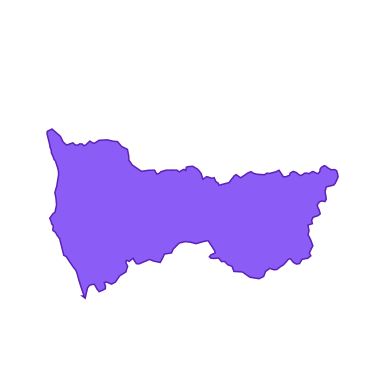 the district of Ansina, Tacuarembó, Uruguay, rotated 252°
{"feature_id": "84410073B28214065612775", "entity_name": "Ansina", "entity_type": "district", "adm_level": 2, "iso_a3": "URY", "parent_name": "Uruguay", "parent_adm1": "Tacuarembó", "projection": "natural_earth1", "projection_center": [-55.347, -31.995], "detail": "fine", "context": "isolated", "style": "filled", "palette": "violet", "viewbox_px": 384, "rotation_deg": 252, "n_neighbors": 0, "source": "geoboundaries", "source_scale": "gbopen_adm2", "svg_char_len": 4649}
<svg xmlns="http://www.w3.org/2000/svg" viewBox="0 0 384 384"><g transform="rotate(252 192 192)"><path d="M124.0,57.6L128.6,60.3L133.2,63.1L134.9,65.8L134.9,68.2L134.4,70.6L132.8,71.0L129.0,71.7L125.9,72.9L126.2,76.0L126.7,79.7L129.2,80.6L133.0,80.6L132.9,82.8L129.2,87.0L130.0,91.4L134.6,97.3L136.5,104.6L138.8,106.0L141.3,107.9L144.8,107.3L146.8,108.1L147.2,109.0L145.3,110.8L146.2,112.8L146.8,114.5L147.2,115.5L144.6,115.9L141.0,117.0L140.0,119.3L141.0,130.8L138.2,134.1L134.8,140.0L138.2,143.6L141.5,146.6L140.4,153.7L143.5,156.4L147.4,164.1L146.9,170.3L144.7,175.1L141.6,179.9L141.4,186.6L141.1,190.4L140.5,192.4L134.1,194.1L129.0,195.4L126.9,195.2L126.7,193.2L126.3,190.3L125.0,188.5L123.2,189.5L121.9,192.7L121.0,196.9L119.3,197.5L116.7,198.6L115.8,201.6L114.6,202.2L111.8,203.5L108.9,207.1L103.5,207.3L100.4,215.2L93.0,220.8L88.8,229.0L89.5,234.0L93.7,237.4L95.3,242.3L92.6,246.1L92.1,248.9L93.4,252.3L94.5,256.5L96.3,259.7L98.3,262.9L98.1,265.0L93.7,266.7L91.2,269.0L90.7,272.2L94.0,275.9L93.2,281.7L94.6,285.3L97.6,284.7L100.5,287.3L103.5,290.3L109.5,290.1L115.5,289.2L119.0,291.3L124.7,292.1L124.7,296.7L128.0,297.0L130.5,299.3L130.6,304.8L131.6,307.2L133.4,307.3L135.4,307.4L138.9,306.9L141.2,307.2L143.2,310.2L143.4,312.6L141.8,315.5L143.6,317.5L146.8,318.1L151.0,318.5L155.3,321.3L154.8,329.0L156.0,330.8L158.5,333.3L161.2,335.6L164.8,336.1L167.5,336.1L169.2,334.7L170.2,331.2L173.0,328.6L175.1,327.3L176.2,325.8L175.4,322.6L174.1,320.9L172.1,320.0L170.5,317.7L171.6,315.9L174.1,313.6L174.0,311.5L173.2,309.2L174.5,307.0L175.1,304.6L174.4,303.0L174.0,300.6L175.5,299.0L178.4,297.1L180.3,294.7L179.7,291.3L177.8,290.0L177.5,285.8L178.3,283.6L185.8,281.5L185.3,278.1L185.7,271.4L186.8,268.9L186.0,266.3L188.7,259.5L190.6,256.5L193.1,254.4L192.9,251.0L191.1,245.0L190.5,242.6L194.9,239.4L194.3,237.1L189.5,230.1L189.9,223.4L190.0,219.8L192.2,219.7L194.8,217.8L198.8,217.5L198.8,215.3L200.0,213.7L202.1,210.7L200.8,206.3L206.9,206.4L211.8,204.5L216.2,200.7L217.3,196.2L217.3,194.3L215.1,193.2L214.4,192.7L216.0,191.4L216.0,190.1L215.0,186.2L217.4,184.5L219.1,179.5L220.8,174.0L220.9,168.6L219.9,166.7L220.0,164.0L224.4,163.1L226.1,157.3L227.3,150.3L236.0,143.6L241.8,141.8L245.5,142.9L252.5,143.8L257.1,139.1L263.0,136.7L264.6,132.9L267.8,127.5L269.9,119.6L268.5,114.1L269.6,112.5L272.0,110.6L270.8,108.1L269.6,105.5L269.4,103.6L271.6,102.3L272.5,100.2L271.9,98.3L272.6,95.6L275.6,93.9L275.4,87.2L279.3,84.9L285.7,84.0L295.2,78.3L295.1,78.0L295.0,77.5L294.9,76.7L294.9,76.3L294.8,75.7L294.7,75.0L294.5,74.1L294.5,73.5L294.4,73.3L294.4,73.2L294.2,73.0L294.1,72.9L293.7,72.8L293.3,72.6L293.0,72.4L292.9,72.4L292.7,72.3L292.2,72.2L291.7,72.1L291.4,72.0L291.2,72.0L290.8,72.0L290.4,72.0L289.6,71.9L288.5,71.8L287.7,71.8L286.9,71.7L286.1,71.7L285.3,71.6L284.6,71.6L283.9,71.5L283.1,71.4L282.4,71.4L281.6,71.3L280.8,71.2L280.0,71.1L279.4,71.0L279.0,71.0L278.6,70.9L278.2,70.9L277.8,70.8L277.7,70.8L277.4,70.8L277.0,70.9L276.4,71.0L276.2,71.0L275.7,71.0L275.4,71.1L275.2,71.0L274.9,71.0L274.6,70.9L274.3,70.8L273.9,70.6L273.5,70.5L273.2,70.4L272.9,70.4L272.6,70.4L272.4,70.4L271.9,70.5L271.5,70.5L271.2,70.5L270.9,70.6L270.6,70.6L270.3,70.6L270.0,70.7L269.7,70.7L269.3,70.8L269.0,70.8L268.6,70.8L268.3,70.8L267.9,70.8L267.6,70.9L267.2,70.9L266.8,70.9L266.4,70.9L266.1,70.9L265.7,70.9L265.4,70.9L265.2,71.0L264.9,71.2L264.6,71.3L264.4,71.5L264.2,71.5L263.5,71.7L263.3,71.7L263.1,71.7L262.6,71.7L261.6,71.7L260.8,71.7L259.8,71.7L259.1,71.7L258.5,71.7L257.7,71.7L257.2,71.7L256.8,71.7L256.1,71.6L255.4,71.6L254.4,71.5L253.8,71.5L253.4,71.5L253.1,71.4L252.3,71.2L251.6,71.0L250.6,70.7L250.2,70.6L249.8,70.5L249.4,70.3L249.2,70.2L248.6,69.9L247.8,69.5L246.8,69.0L245.9,68.5L245.1,68.1L244.3,67.7L243.4,67.2L242.6,66.8L241.4,66.2L240.7,65.9L239.4,65.2L238.1,64.3L237.0,63.5L236.7,63.3L236.1,62.9L235.5,62.5L234.2,61.7L233.9,61.5L233.8,61.4L233.7,61.4L233.4,61.3L233.2,61.3L232.6,61.2L231.7,61.1L230.8,61.0L230.3,61.0L229.7,60.9L229.0,60.8L228.3,60.7L227.9,60.6L226.5,60.4L226.2,60.3L225.7,60.2L225.1,60.0L224.5,59.8L224.3,59.8L223.9,59.7L223.6,59.7L223.1,59.6L222.6,59.4L222.4,59.4L221.9,59.3L219.8,58.2L219.2,57.8L218.7,57.5L218.4,57.4L218.0,57.1L217.3,56.7L215.7,55.8L215.2,55.5L215.1,55.3L215.1,55.2L214.8,54.7L214.7,54.3L214.7,54.1L214.3,53.0L211.2,48.9L211.1,48.6L207.3,48.9L204.9,48.7L203.6,49.5L202.8,49.4L201.9,49.3L200.4,48.5L199.1,48.0L198.2,47.9L196.9,49.0L196.0,49.5L195.2,49.8L194.4,50.0L192.4,50.3L190.8,51.0L189.6,51.2L188.8,51.7L171.4,50.5L169.4,52.5L163.3,54.1L158.2,55.6L153.4,57.3L151.7,57.5L148.8,57.5L146.0,57.3L142.9,57.2L136.8,57.1L126.5,57.2L127.0,55.5L124.0,57.6Z" fill="#8b5cf6" stroke="#5b21b6" stroke-width="1.5"/></g></svg>